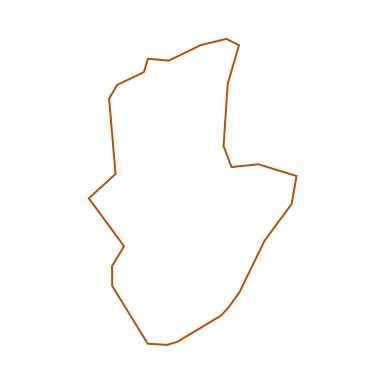 the border of Pamplemousses, rotated 188°
{"feature_id": "MUS-5187", "entity_name": "Pamplemousses", "entity_type": "District", "adm_level": 1, "iso_a3": "MUS", "parent_name": "Mauritius", "parent_adm1": "", "projection": "mercator", "projection_center": [57.563, -20.102], "detail": "fine", "context": "isolated", "style": "outline", "palette": "amber", "viewbox_px": 384, "rotation_deg": 188, "n_neighbors": 0, "source": "natural_earth", "source_scale": "10m", "svg_char_len": 491}
<svg xmlns="http://www.w3.org/2000/svg" viewBox="0 0 384 384"><g transform="rotate(188 192 192)"><path d="M90.7,222.3L91.7,193.9L113.4,153.8L131.1,99.2L139.8,82.8L146.1,73.6L185.7,41.6L195.5,37.1L214.7,35.6L257.9,87.8L260.9,107.5L251.7,128.8L293.3,171.4L270.2,199.2L287.1,273.0L280.9,287.7L256.3,304.1L254.2,317.8L233.2,318.9L204.0,338.6L179.4,348.4L165.9,343.9L171.7,304.1L167.1,241.8L156.3,222.2L130.1,228.7L98.5,223.6L90.7,222.3Z" fill="none" stroke="#b45309" stroke-width="2"/></g></svg>